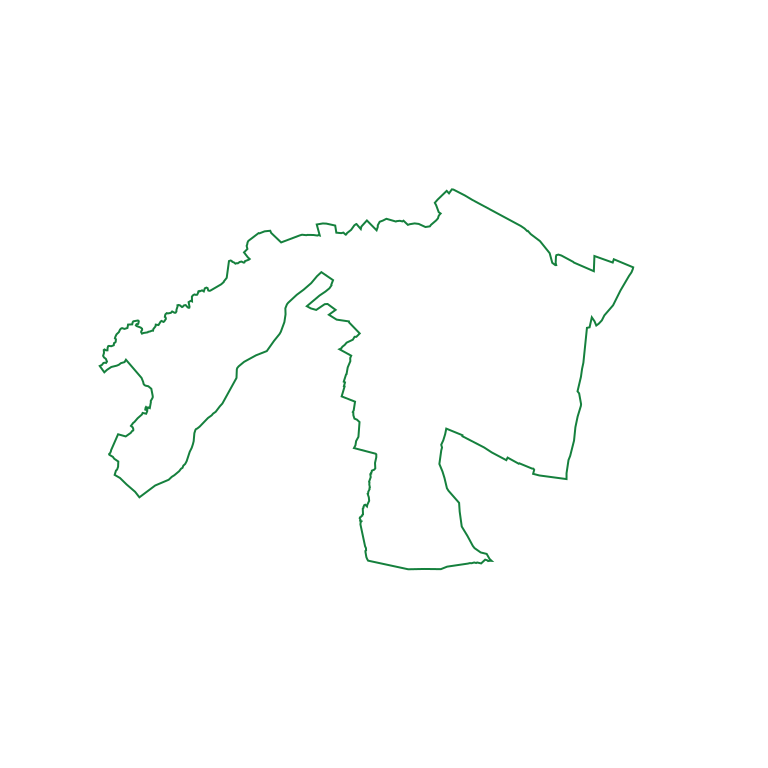 Codaesti, Vaslui, Romania (Robinson projection), rotated 232°
{"feature_id": "2599482B61991587301534", "entity_name": "Codaesti", "entity_type": "district", "adm_level": 2, "iso_a3": "ROU", "parent_name": "Romania", "parent_adm1": "Vaslui", "projection": "robinson", "projection_center": [27.774, 46.879], "detail": "fine", "context": "isolated", "style": "outline", "palette": "green", "viewbox_px": 768, "rotation_deg": 232, "n_neighbors": 0, "source": "geoboundaries", "source_scale": "gbopen_adm2", "svg_char_len": 6166}
<svg xmlns="http://www.w3.org/2000/svg" viewBox="0 0 768 768"><g transform="rotate(232 384 384)"><path d="M338.9,639.0L355.3,628.6L343.7,618.8L362.8,608.4L363.7,608.3L376.0,602.9L378.6,601.1L379.4,599.2L378.6,598.0L373.7,593.8L371.7,592.9L372.2,592.2L375.9,591.2L385.1,595.1L400.5,594.9L411.8,591.9L416.1,591.6L416.3,591.0L420.0,590.5L424.3,589.1L474.8,566.9L482.8,563.8L494.5,558.4L495.6,557.3L494.2,552.6L497.6,552.3L496.3,539.9L495.5,535.6L492.9,535.2L485.7,532.9L483.5,533.6L483.2,531.8L482.7,530.4L481.3,528.5L480.8,525.8L480.5,519.0L480.0,517.2L482.2,513.3L488.8,509.9L491.7,507.0L494.1,502.6L494.7,500.8L500.7,499.9L500.8,498.6L502.9,496.9L504.6,494.1L504.7,493.4L512.7,487.6L513.5,483.6L514.5,480.5L512.9,476.8L511.6,475.8L509.7,472.8L523.4,471.2L522.0,463.1L520.4,461.1L527.0,460.8L527.2,460.3L527.3,458.3L525.7,453.0L525.7,447.9L525.1,446.2L525.3,445.7L528.3,445.2L529.2,443.2L532.6,439.6L538.9,443.1L545.9,437.3L548.2,434.6L551.1,429.2L540.6,424.8L541.8,423.9L542.0,422.9L544.8,420.2L548.6,415.5L549.1,414.4L552.1,411.3L553.0,409.0L558.9,390.1L572.5,388.1L574.8,388.7L577.8,383.9L579.4,378.6L580.1,378.1L580.3,365.3L579.6,363.7L578.1,362.0L577.4,360.8L574.5,359.5L573.9,354.7L567.5,354.7L565.2,355.1L565.2,354.0L566.4,350.1L565.7,348.8L566.1,348.1L568.2,347.1L569.0,345.4L569.1,343.1L570.0,342.1L570.3,341.0L572.2,340.6L573.6,339.7L574.9,339.7L575.8,339.1L576.3,337.5L564.5,325.4L563.4,320.9L563.0,320.5L562.8,317.1L564.5,304.6L565.0,303.7L565.9,303.1L568.2,304.0L569.3,303.4L569.7,301.7L567.9,299.0L569.8,298.3L570.5,295.7L571.1,295.6L571.3,294.8L570.2,293.4L569.4,291.8L570.0,290.7L571.3,289.7L571.5,288.0L571.1,286.4L567.3,283.6L568.5,283.0L568.8,280.4L564.6,278.3L564.0,277.6L564.1,277.2L565.2,276.5L568.3,276.3L569.1,274.8L568.8,272.8L569.0,272.2L571.7,271.6L572.8,270.7L573.2,269.7L572.3,269.2L570.3,266.2L568.9,265.0L568.5,263.6L569.1,262.8L571.6,261.7L571.3,259.8L572.7,257.1L573.6,256.5L573.5,254.8L573.1,254.1L571.8,252.6L570.9,252.9L569.6,252.2L568.6,249.3L568.7,248.4L570.7,247.5L570.7,246.4L569.3,242.6L571.3,240.7L570.1,239.4L569.3,236.1L568.2,234.8L568.9,234.0L569.4,232.1L570.3,230.3L570.2,229.6L572.2,226.0L572.7,224.3L574.5,224.6L575.0,225.2L575.6,226.8L576.6,227.4L578.3,227.0L582.0,224.7L583.0,224.6L583.5,225.9L582.7,226.9L582.8,227.5L584.3,229.3L585.0,229.5L585.6,229.1L587.7,225.1L587.4,224.0L586.0,222.3L588.4,218.9L586.1,216.3L587.2,213.4L589.3,212.0L589.6,210.7L589.3,209.3L588.1,207.0L587.8,203.8L586.7,201.6L585.7,200.1L584.3,200.3L582.6,198.7L582.2,198.0L582.4,196.4L580.9,194.9L581.7,192.3L583.4,190.7L583.6,189.9L582.7,188.5L580.8,186.8L581.6,185.7L583.3,185.0L583.3,184.1L580.9,182.5L579.1,180.0L577.3,179.7L575.1,180.3L572.2,179.5L571.7,177.9L572.5,177.4L573.3,175.9L572.7,173.5L573.2,171.1L565.4,170.8L565.7,174.4L565.3,179.6L563.0,184.7L562.4,186.9L562.4,189.5L561.0,193.0L562.0,195.6L538.1,196.7L533.9,195.5L532.1,194.6L530.7,194.6L529.6,195.0L527.3,196.9L523.5,197.7L517.4,194.6L516.1,193.8L515.4,192.7L514.2,189.7L513.3,189.2L509.2,184.6L510.7,183.8L510.2,182.9L510.9,182.4L512.4,182.3L512.2,181.7L510.8,180.1L509.1,181.2L508.5,180.9L507.0,178.3L509.8,176.0L509.0,174.4L508.7,168.8L507.7,163.8L507.8,162.6L506.8,158.8L504.6,159.3L502.8,158.7L501.8,157.8L502.0,156.5L501.4,154.3L501.7,148.2L508.1,143.5L499.8,128.1L499.2,127.5L498.3,125.9L498.0,124.2L497.3,124.0L493.5,125.5L491.2,125.4L486.5,126.9L482.5,123.5L480.9,121.0L480.8,119.5L478.2,115.8L472.5,118.1L463.4,119.3L452.3,121.5L445.3,121.5L444.9,141.2L441.1,155.4L441.5,159.6L441.2,162.6L441.4,168.9L442.2,171.9L442.0,173.6L443.2,175.6L443.4,178.1L444.7,181.0L450.2,189.2L452.1,193.2L454.1,196.2L456.1,198.8L462.0,204.3L463.9,207.1L464.2,208.0L463.9,209.5L463.9,212.4L465.6,224.4L465.4,228.9L465.9,231.1L465.7,234.2L467.5,241.0L468.1,244.6L479.6,271.5L486.1,277.0L486.9,278.1L487.4,280.3L487.6,287.4L485.4,300.8L482.1,311.9L485.7,323.9L487.7,332.5L488.7,334.9L494.1,343.6L499.5,349.3L504.4,352.9L506.5,356.5L507.0,358.4L508.0,370.2L507.8,378.7L508.3,388.7L510.2,397.6L510.7,403.5L497.2,407.8L494.7,403.6L494.1,403.4L493.0,399.9L492.9,394.8L493.4,387.7L492.8,371.1L488.6,372.9L484.1,376.2L483.4,386.4L481.8,388.8L472.2,391.5L472.5,383.2L463.9,386.3L454.9,394.9L454.0,394.4L438.8,396.0L438.2,391.3L439.3,389.9L438.1,386.7L439.6,380.0L439.0,377.1L439.0,374.2L438.4,372.2L438.8,370.3L426.5,375.6L425.3,373.4L422.7,371.5L419.4,365.6L414.8,360.5L414.9,360.0L410.6,353.7L409.3,354.3L406.9,351.0L406.3,351.4L400.3,343.0L387.9,350.3L381.8,343.8L381.1,342.1L380.4,342.2L378.2,340.6L374.9,339.4L372.6,340.7L369.1,341.3L358.1,331.3L356.2,326.9L353.3,323.8L352.0,320.9L334.2,334.5L333.3,334.6L331.1,332.9L327.3,328.3L322.9,325.2L322.5,323.6L323.2,321.1L322.3,320.2L322.0,319.1L321.2,318.7L321.4,317.7L318.8,316.2L316.1,312.0L315.5,312.0L313.8,310.5L311.2,309.2L310.9,308.4L310.0,307.9L308.8,305.3L307.4,304.0L307.5,303.5L304.1,302.3L301.1,300.4L299.1,296.5L298.0,295.2L300.4,294.9L300.7,293.9L299.7,292.0L299.1,291.7L298.8,290.5L294.2,287.2L294.3,286.5L293.6,285.8L293.8,285.0L293.5,284.3L293.7,283.0L293.2,282.2L291.6,281.9L291.0,281.0L289.7,281.7L289.4,280.4L287.9,279.0L267.8,269.2L265.7,268.7L263.9,267.4L263.9,266.6L263.1,266.0L258.4,263.5L256.6,263.0L254.6,262.7L223.1,289.0L213.5,301.8L203.1,314.8L201.2,321.3L190.8,339.6L190.1,341.2L188.8,342.8L187.8,345.2L186.2,346.4L186.0,347.5L182.8,350.1L183.3,355.6L181.3,356.9L180.4,357.0L179.4,358.8L178.4,359.9L181.2,359.5L186.9,360.3L191.7,356.5L198.9,354.3L201.7,354.3L212.8,356.2L223.8,357.5L236.9,365.1L244.1,370.0L260.1,369.1L263.1,369.4L272.7,373.8L279.0,376.2L286.9,378.4L296.4,388.2L298.2,390.6L300.9,391.7L303.1,396.0L306.8,401.3L310.5,405.6L295.3,414.3L294.6,413.6L272.4,423.8L263.7,426.8L248.7,433.5L249.9,436.1L238.2,441.1L238.2,441.8L226.2,448.6L225.3,449.6L223.9,449.5L221.4,446.2L216.3,450.1L196.7,469.3L201.3,472.9L210.5,482.6L212.7,486.4L222.4,498.9L232.1,508.2L239.1,516.5L245.5,525.6L246.8,526.9L256.5,532.0L259.1,532.0L268.4,543.6L273.9,549.3L278.0,554.2L303.3,578.5L302.1,580.9L308.6,588.8L303.8,588.5L299.4,587.3L299.3,590.3L300.0,594.8L302.4,599.9L305.0,613.0L312.1,627.9L318.4,643.8L319.6,647.7L321.3,650.7L322.5,652.2L340.8,641.9L338.9,639.0Z" fill="none" stroke="#15803d" stroke-width="2"/></g></svg>